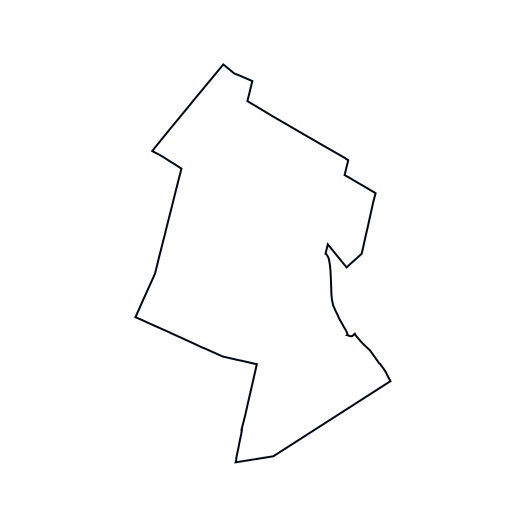 the district of Comuna 10, Ciudad de Buenos Aires, Argentina, rotated 240°
{"feature_id": "61730980B55355191537575", "entity_name": "Comuna 10", "entity_type": "district", "adm_level": 2, "iso_a3": "ARG", "parent_name": "Argentina", "parent_adm1": "Ciudad de Buenos Aires", "projection": "mercator", "projection_center": [-58.505, -34.627], "detail": "fine", "context": "isolated", "style": "outline", "palette": "ink", "viewbox_px": 512, "rotation_deg": 240, "n_neighbors": 0, "source": "geoboundaries", "source_scale": "gbopen_adm2", "svg_char_len": 3786}
<svg xmlns="http://www.w3.org/2000/svg" viewBox="0 0 512 512"><g transform="rotate(240 256 256)"><path d="M87.5,135.2L73.9,170.8L73.9,171.1L80.4,309.9L80.7,309.9L80.9,309.9L82.7,309.9L83.9,310.0L84.1,310.0L85.2,310.0L86.6,310.1L87.0,310.1L88.4,310.2L89.5,310.3L90.7,310.3L91.7,310.3L93.7,310.2L95.3,310.1L96.5,309.9L98.7,309.7L100.6,309.5L101.5,309.0L109.5,308.3L117.4,307.5L117.8,307.4L123.6,305.6L125.0,305.2L129.3,304.1L136.9,302.7L137.2,302.7L139.3,302.7L138.7,300.3L138.5,299.6L138.9,298.3L140.2,296.7L141.1,296.4L141.4,296.0L142.0,295.2L142.4,296.0L143.0,296.3L144.1,296.4L145.0,296.5L145.3,296.6L146.9,296.7L147.5,296.7L147.9,296.7L149.0,296.7L150.2,296.6L150.7,296.6L151.2,296.6L152.4,296.7L159.5,296.7L161.0,296.8L164.0,297.2L168.0,297.4L171.5,297.8L174.5,298.1L179.3,299.6L180.3,300.0L183.7,301.5L183.8,301.5L188.1,303.7L188.6,304.0L190.2,304.9L192.7,306.2L195.0,307.4L195.2,307.5L195.9,307.9L199.9,310.0L204.0,312.1L206.0,313.1L206.7,313.5L207.7,313.9L211.0,315.4L214.4,316.7L218.2,317.9L221.6,317.9L222.4,317.9L223.2,317.3L226.2,320.2L227.3,321.3L229.8,323.6L230.2,324.0L207.9,327.6L200.9,328.8L201.0,329.7L202.1,334.3L203.6,341.7L205.0,348.2L205.2,348.7L208.7,352.0L215.9,358.6L222.3,364.5L223.0,365.2L230.2,371.8L237.4,378.4L238.2,379.1L241.2,381.9L244.4,384.8L247.3,387.7L250.6,391.0L256.8,387.5L263.0,384.0L269.2,380.4L275.5,376.9L281.8,373.2L284.6,375.9L286.2,377.4L292.3,383.3L292.9,383.8L294.3,383.0L295.0,382.6L295.7,382.4L302.8,378.3L310.9,373.6L315.1,371.1L319.7,368.5L321.5,367.4L322.1,367.0L323.1,366.5L323.6,366.2L327.3,364.1L327.8,363.8L332.8,360.9L336.9,358.5L338.3,357.7L343.4,354.8L348.8,351.7L350.7,350.6L352.2,349.8L353.4,349.1L356.0,347.6L357.7,346.6L361.9,344.2L368.1,340.6L375.0,336.8L376.7,335.9L380.6,333.7L383.1,332.3L385.3,331.1L394.4,326.0L395.5,327.0L400.1,331.5L405.1,336.2L408.0,339.0L409.3,340.3L413.9,336.9L419.4,332.8L425.0,328.4L431.5,326.0L438.2,323.5L435.5,316.1L432.3,307.5L428.7,297.8L425.0,287.8L421.3,277.8L420.9,276.9L420.3,275.4L418.5,270.6L415.9,263.6L413.0,255.9L409.6,246.7L406.8,239.4L404.0,232.0L403.6,231.0L401.2,224.7L398.8,218.6L397.6,219.3L397.0,219.7L395.9,220.4L392.8,222.4L389.3,224.5L387.0,225.7L381.1,228.8L375.1,232.0L374.7,232.1L374.1,232.4L373.9,232.6L369.0,235.1L365.0,231.3L361.1,227.4L355.5,222.0L354.6,221.1L348.1,214.8L341.6,208.5L335.9,203.0L335.1,202.2L328.6,195.9L322.1,189.6L321.3,188.9L315.6,183.3L309.1,177.0L302.6,170.6L301.8,169.9L297.0,165.3L296.1,164.4L291.3,159.8L286.0,152.5L285.3,151.5L280.2,144.4L279.4,143.3L276.2,138.8L275.6,138.0L275.4,137.7L274.8,136.8L273.9,135.6L268.4,128.1L263.3,121.0L256.5,126.0L255.7,126.6L251.7,129.4L251.1,129.8L250.1,130.5L249.8,130.8L245.7,133.7L244.8,134.4L243.9,135.1L243.1,135.6L242.0,136.5L241.1,137.1L240.6,137.4L240.3,137.6L239.4,138.3L238.6,138.9L237.1,140.0L236.3,140.6L234.8,141.7L232.7,143.2L232.2,143.5L231.7,143.8L230.8,144.4L230.6,144.6L221.8,150.9L219.0,152.9L218.3,153.4L217.5,154.0L216.9,154.4L216.0,155.0L215.5,155.4L214.2,156.3L213.2,157.0L211.7,158.1L210.9,158.6L209.7,159.5L208.8,160.1L206.5,161.7L205.5,162.4L203.8,163.6L203.2,164.1L201.9,165.1L201.4,165.5L200.5,166.2L199.7,166.7L198.9,167.3L197.9,168.1L196.4,169.1L193.8,171.0L191.0,173.0L188.4,174.9L185.5,177.0L181.9,180.9L177.7,185.4L174.0,189.4L173.8,189.7L173.6,189.9L172.8,190.8L169.5,194.4L167.4,196.6L165.1,199.1L164.4,199.8L163.8,200.5L161.9,202.6L157.1,198.2L154.3,195.6L152.3,193.7L151.5,193.0L150.1,191.7L147.4,189.2L146.6,188.5L142.7,184.8L141.4,183.6L138.0,180.4L137.3,179.8L131.6,174.5L124.5,168.0L118.5,162.2L117.6,161.3L112.8,156.6L112.7,156.7L112.5,156.9L110.6,155.3L109.4,154.4L108.8,153.9L108.0,153.1L103.9,149.4L101.4,147.2L98.9,145.1L96.5,142.9L94.0,140.7L91.6,138.5L89.6,137.1L89.3,136.9L88.9,136.5L87.5,135.2Z" fill="none" stroke="#020617" stroke-width="2"/></g></svg>